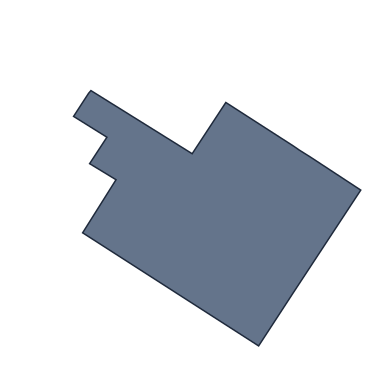 Fulton, Indiana, United States of America, rotated 213°
{"feature_id": "52423323B46497770256084", "entity_name": "Fulton", "entity_type": "district", "adm_level": 2, "iso_a3": "USA", "parent_name": "United States of America", "parent_adm1": "Indiana", "projection": "mercator", "projection_center": [-86.178, 41.041], "detail": "fine", "context": "isolated", "style": "filled", "palette": "slate", "viewbox_px": 384, "rotation_deg": 213, "n_neighbors": 0, "source": "geoboundaries", "source_scale": "gbopen_adm2", "svg_char_len": 357}
<svg xmlns="http://www.w3.org/2000/svg" viewBox="0 0 384 384"><g transform="rotate(213 192 192)"><path d="M261.5,98.2L52.3,99.2L52.2,161.4L51.5,285.5L112.0,285.8L125.0,285.6L131.8,285.8L212.4,285.5L212.7,224.2L332.0,222.0L332.5,218.5L332.5,190.9L293.2,191.6L293.3,160.0L262.4,160.9L261.5,98.2Z" fill="#64748b" stroke="#1e293b" stroke-width="1.5"/></g></svg>